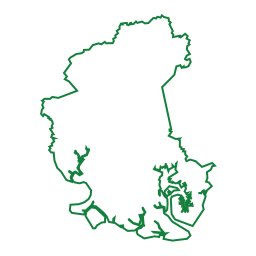 the district of Río de Jesús, Veraguas, Panama
{"feature_id": "35544464B55951329462625", "entity_name": "Río de Jesús", "entity_type": "district", "adm_level": 2, "iso_a3": "PAN", "parent_name": "Panama", "parent_adm1": "Veraguas", "projection": "orthographic", "projection_center": [-81.142, 7.96], "detail": "fine", "context": "isolated", "style": "outline", "palette": "green", "viewbox_px": 256, "rotation_deg": 0, "n_neighbors": 0, "source": "geoboundaries", "source_scale": "gbopen_adm2", "svg_char_len": 5881}
<svg xmlns="http://www.w3.org/2000/svg" viewBox="0 0 256 256"><path d="M83.9,49.9L83.7,51.9L81.3,53.3L76.4,54.0L70.2,57.7L68.9,59.5L71.0,63.4L64.0,73.0L66.9,76.5L64.8,79.2L69.0,81.4L77.1,90.8L58.3,97.9L52.3,97.0L49.8,98.9L44.6,98.8L42.1,100.7L43.7,101.6L42.2,105.0L43.5,107.8L41.9,109.6L41.1,113.9L43.0,116.1L44.2,114.1L48.9,117.1L48.3,118.0L50.4,118.6L49.8,119.5L51.8,120.4L52.9,123.5L51.7,126.2L52.5,127.8L50.1,129.0L53.6,134.3L52.1,134.6L51.3,137.2L54.8,138.4L52.9,138.8L54.1,141.5L51.7,143.5L52.2,145.6L49.4,146.6L50.5,148.2L49.1,150.0L51.2,152.5L53.7,152.6L54.5,160.7L57.2,167.8L61.2,171.8L66.4,180.0L71.8,181.8L70.7,177.2L72.2,173.6L69.8,172.4L68.6,170.6L72.4,173.1L75.3,171.6L79.7,174.4L80.9,173.8L77.4,167.9L80.5,161.8L78.6,161.4L78.5,160.4L79.5,159.0L78.3,158.0L78.6,156.0L77.4,153.8L76.0,153.7L74.9,152.8L74.9,152.2L75.9,151.9L75.1,150.0L76.3,152.1L75.3,152.8L77.7,153.7L79.1,155.9L78.7,157.6L79.9,158.8L79.1,161.0L83.1,159.5L81.1,158.4L81.4,156.7L87.0,154.2L87.5,150.6L86.1,148.8L86.3,147.7L87.8,150.5L88.8,149.3L89.1,150.0L86.9,155.1L81.5,157.5L83.7,159.4L78.8,166.2L79.0,169.4L82.3,173.7L79.5,175.2L76.2,172.8L74.3,172.9L71.6,178.1L73.2,181.3L75.1,182.5L79.7,183.3L83.6,182.1L86.1,183.1L91.1,190.4L90.7,195.1L88.8,198.8L84.5,202.2L78.9,204.2L70.5,204.7L69.8,210.3L71.9,212.9L83.8,214.5L85.4,211.1L82.0,210.4L85.9,210.5L91.2,205.4L93.3,201.9L92.9,200.7L93.5,202.2L91.7,205.7L96.1,206.4L103.3,212.5L106.6,216.4L109.0,221.9L113.2,222.7L113.3,218.8L114.5,217.7L113.7,222.1L121.3,227.4L122.2,227.2L121.1,225.6L123.1,225.4L123.3,228.1L127.7,230.9L134.7,230.5L142.3,225.0L142.9,221.5L141.7,214.9L139.9,215.6L141.1,220.0L139.6,224.3L138.8,225.2L133.2,223.4L129.1,220.1L128.5,218.7L133.2,222.9L139.0,224.6L140.9,219.5L139.5,215.0L143.3,214.6L144.8,212.2L143.1,209.7L142.5,207.1L145.3,212.2L142.9,216.5L143.6,224.9L144.9,225.9L143.3,225.4L141.3,227.7L137.3,229.1L136.7,232.7L138.0,234.7L144.3,238.4L154.9,236.3L159.2,237.0L159.8,234.8L163.4,235.5L163.4,233.3L153.9,232.5L153.2,231.9L163.8,232.6L159.1,227.9L158.3,224.3L154.2,220.7L158.1,223.4L160.1,228.2L164.7,233.5L166.5,233.3L164.6,234.7L163.6,238.9L172.5,240.6L187.0,238.8L190.4,235.6L188.6,231.6L172.2,221.6L168.1,216.0L164.2,213.5L163.4,207.2L157.1,208.2L154.7,206.5L154.3,204.8L156.7,207.5L160.7,206.6L159.1,201.8L161.1,206.0L164.6,207.1L164.8,211.1L165.7,211.5L167.2,209.7L167.6,203.6L167.3,198.8L164.4,196.0L161.8,190.9L160.4,190.4L159.7,191.3L160.0,196.3L159.0,194.2L158.8,190.6L160.8,188.6L159.4,185.1L160.1,180.8L159.0,180.0L160.2,176.8L162.1,175.4L162.3,172.4L154.0,169.2L154.8,167.7L154.9,169.0L159.9,170.1L160.6,166.7L162.3,167.9L163.2,166.7L164.8,167.5L166.0,163.2L165.6,167.6L167.0,166.5L168.4,171.2L169.2,169.3L172.7,167.5L172.5,165.2L174.1,166.9L175.6,166.6L176.0,163.7L176.5,163.2L175.4,169.5L177.3,172.2L168.7,177.6L168.2,180.3L168.8,179.0L169.8,179.0L168.6,180.4L170.2,179.6L169.1,181.7L172.3,182.8L172.4,181.7L175.2,183.3L177.0,183.2L180.9,180.4L179.3,183.7L181.4,187.5L184.2,185.4L183.4,184.0L184.6,184.1L184.5,182.0L186.2,185.5L185.1,186.5L186.0,188.5L184.6,191.4L186.2,193.3L187.6,192.9L186.5,194.1L187.4,194.9L189.4,194.8L190.6,193.3L190.5,197.6L191.8,198.7L187.5,197.4L189.9,201.3L188.2,201.7L186.7,199.7L187.5,203.0L190.5,203.7L190.9,204.7L192.1,203.7L192.6,205.9L185.4,205.5L187.6,206.7L187.6,209.1L186.8,209.2L188.6,211.0L187.3,210.2L188.2,212.5L186.9,209.9L185.6,209.9L186.3,208.4L184.9,209.5L185.0,208.5L183.8,208.7L185.8,212.7L183.5,209.3L182.6,211.1L181.3,212.6L182.9,210.0L183.7,205.0L182.3,205.9L183.1,202.8L181.4,204.2L179.6,203.9L179.6,202.8L181.2,203.9L182.5,203.0L179.3,198.8L181.0,196.8L180.7,195.5L177.9,194.6L174.0,195.8L171.6,197.0L170.8,198.8L171.6,214.1L175.0,219.4L192.6,226.0L203.7,209.4L202.7,205.2L205.7,196.2L203.9,193.8L204.5,191.0L203.1,191.0L201.2,193.3L198.4,193.1L200.9,193.0L202.8,190.8L203.9,190.3L205.0,191.3L204.2,193.7L205.3,194.3L207.0,190.4L211.7,186.2L208.9,182.5L206.1,181.6L207.4,178.2L207.0,172.1L210.9,169.6L212.3,166.2L214.9,165.7L212.2,163.0L202.0,166.9L195.4,161.1L190.2,159.6L186.5,161.1L185.5,158.9L187.2,156.4L185.2,154.4L185.3,151.4L183.0,151.4L183.8,149.1L181.4,149.0L181.4,147.3L179.8,146.8L179.9,140.7L178.9,139.9L180.0,138.5L175.6,139.0L168.8,135.8L171.6,131.7L169.6,131.0L169.5,129.5L171.2,129.3L162.1,87.1L174.3,74.9L176.4,66.4L180.4,65.2L181.7,67.8L183.7,66.3L183.7,67.5L186.1,67.2L188.6,66.0L190.7,61.9L189.6,58.9L186.6,60.1L185.0,59.0L186.7,55.7L189.9,54.0L186.9,49.5L187.2,46.2L189.5,44.5L188.5,43.5L189.7,40.3L186.5,38.5L187.7,36.2L185.2,33.8L180.6,37.4L179.7,37.0L180.9,36.2L180.1,35.7L173.0,37.1L173.2,34.5L171.7,32.9L172.8,31.0L169.4,24.2L170.7,22.5L168.8,21.0L168.7,18.3L163.7,16.9L161.9,15.4L160.6,17.6L157.4,16.8L156.1,18.5L153.5,17.9L148.4,23.0L145.0,23.4L141.9,21.6L137.3,22.9L136.0,21.5L133.5,24.0L130.9,24.3L131.1,22.9L130.1,23.1L128.6,25.2L127.1,24.7L126.8,22.9L121.5,23.6L122.2,24.4L120.7,24.4L119.5,26.4L119.6,28.9L116.8,30.9L118.0,33.3L115.3,35.3L115.7,37.4L113.2,38.9L113.8,41.1L112.8,43.1L106.2,43.3L104.8,41.9L101.3,44.3L98.6,43.4L92.8,45.1L89.2,49.7L83.9,49.9ZM104.9,222.2L105.2,216.8L95.8,208.0L91.1,207.4L86.3,211.9L85.6,216.0L93.1,228.4L95.2,228.3L97.0,225.4L101.7,222.5L104.9,222.2ZM177.1,188.0L169.4,186.2L164.8,191.0L164.6,192.9L166.8,196.3L167.9,196.7L167.1,195.8L169.3,194.7L168.2,192.1L169.3,191.9L169.0,190.9L171.6,192.8L173.8,190.6L178.8,190.1L177.1,188.0ZM187.0,204.3L185.0,201.7L185.9,204.8L187.0,204.3ZM183.9,199.8L182.1,196.8L181.8,198.2L182.9,198.2L182.1,199.8L182.9,198.8L183.0,200.2L183.9,199.8ZM189.3,196.2L190.4,196.4L190.2,195.7L189.3,196.2ZM183.0,202.1L183.5,201.4L182.3,201.6L183.0,202.1ZM180.7,199.5L181.4,199.5L181.0,199.1L180.7,199.5ZM180.0,198.9L180.5,198.9L180.5,197.6L180.0,198.9ZM183.7,207.8L184.2,207.1L184.1,206.6L183.8,206.8L183.7,207.8ZM169.8,193.9L169.5,193.5L169.4,193.8L169.8,193.9ZM185.6,208.0L186.1,208.0L186.3,207.5L185.6,208.0Z" fill="none" stroke="#15803d" stroke-width="2"/></svg>